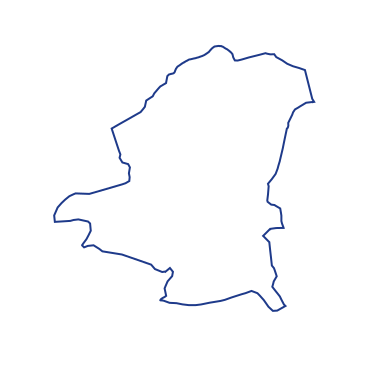 the district of Khamir, Amran, Yemen, rotated 76°
{"feature_id": "15242507B91488978109149", "entity_name": "Khamir", "entity_type": "district", "adm_level": 2, "iso_a3": "YEM", "parent_name": "Yemen", "parent_adm1": "Amran", "projection": "natural_earth1", "projection_center": [43.859, 15.999], "detail": "fine", "context": "isolated", "style": "outline", "palette": "blue", "viewbox_px": 384, "rotation_deg": 76, "n_neighbors": 0, "source": "geoboundaries", "source_scale": "gbopen_adm2", "svg_char_len": 5086}
<svg xmlns="http://www.w3.org/2000/svg" viewBox="0 0 384 384"><g transform="rotate(76 192 192)"><path d="M187.8,332.3L190.6,317.1L190.5,313.7L191.1,308.9L195.5,300.0L197.9,298.5L205.1,299.6L209.1,303.0L212.2,305.8L215.5,309.8L217.0,311.5L217.3,311.5L218.3,310.9L219.6,310.1L219.1,306.1L219.9,300.4L224.8,295.7L227.9,293.3L235.7,275.1L252.6,249.2L257.8,246.6L262.4,240.3L262.7,237.4L263.0,237.2L260.4,231.8L264.8,229.8L268.8,231.6L272.8,237.3L277.0,240.5L278.9,241.9L286.5,242.2L287.2,243.9L287.8,246.3L288.3,247.6L289.0,247.6L289.1,248.1L288.7,248.2L288.8,248.4L289.0,248.6L289.3,248.9L289.5,248.8L289.9,247.6L290.0,247.3L290.0,247.2L290.6,245.8L294.1,240.6L296.1,234.0L298.7,228.5L301.1,222.2L302.7,215.5L303.3,210.5L303.7,201.5L304.0,197.9L304.6,190.6L304.6,186.2L303.9,179.2L303.6,174.7L303.2,168.3L303.1,164.6L302.4,158.2L306.0,153.0L308.9,151.3L314.2,148.5L318.1,147.0L321.8,145.6L326.9,142.3L327.7,138.0L325.2,128.9L323.4,130.0L318.5,131.2L314.7,132.0L314.4,132.1L310.6,133.8L308.9,134.6L303.9,136.8L303.4,137.0L300.6,135.4L298.5,134.3L294.3,130.2L291.3,130.4L287.5,130.7L285.7,130.9L282.7,132.3L273.9,131.1L267.8,130.3L259.9,129.2L259.4,129.1L251.8,133.6L247.0,125.6L247.1,125.1L246.7,124.9L247.3,119.4L247.5,118.3L248.0,116.1L249.0,111.8L248.8,111.8L244.3,112.3L241.8,112.3L236.6,111.0L233.6,110.7L229.3,110.4L225.6,114.2L224.6,115.1L223.4,118.2L219.8,121.0L218.4,121.0L212.9,118.9L204.9,116.2L202.4,116.3L198.8,111.4L194.7,106.5L190.1,103.3L187.2,101.7L183.2,99.3L182.9,99.2L171.5,93.3L167.9,91.6L163.5,89.5L153.4,84.6L152.8,83.5L151.0,82.5L148.2,81.9L141.2,76.0L139.2,74.7L136.8,72.1L135.6,67.9L135.4,67.5L133.0,59.7L133.8,53.4L134.0,53.3L134.1,51.7L130.7,52.8L101.0,52.9L97.6,58.1L94.4,63.6L90.6,68.6L86.1,72.6L81.5,77.6L78.2,78.9L77.4,82.7L75.9,85.8L75.1,87.1L75.2,93.5L75.2,95.7L75.2,96.9L75.2,104.3L75.5,111.6L75.5,115.9L74.7,118.6L71.4,119.4L68.0,119.4L67.9,119.5L67.5,119.7L67.2,119.8L66.8,120.0L66.5,120.1L66.3,120.2L66.2,120.3L65.8,120.5L65.5,120.8L65.3,120.9L65.0,121.0L64.9,121.1L64.6,121.5L64.3,121.6L64.1,121.7L64.0,121.8L63.6,122.1L63.4,122.3L62.9,122.7L62.5,123.0L62.3,123.2L62.2,123.3L61.9,123.5L61.6,123.9L61.4,124.1L61.3,124.3L61.0,124.6L60.8,124.8L60.7,124.9L60.6,125.0L60.4,125.2L60.3,125.3L60.1,125.5L59.9,125.6L59.6,125.9L59.4,126.1L59.1,126.4L58.9,126.6L58.6,126.8L58.4,127.1L58.2,127.4L57.9,127.8L57.8,128.1L57.6,128.2L57.5,128.3L57.4,128.5L57.4,128.8L57.3,129.1L57.2,129.4L57.2,129.7L57.0,129.9L57.0,130.1L56.9,130.3L56.8,130.6L56.8,130.8L56.7,131.0L56.6,131.4L56.6,131.7L56.6,131.9L56.6,132.1L56.5,132.6L56.5,132.9L56.4,133.4L56.4,134.0L56.3,134.5L56.3,135.0L56.4,135.4L56.5,135.6L56.8,136.1L56.8,136.3L56.9,136.6L57.0,136.8L57.1,137.0L57.2,137.3L57.3,137.5L57.5,137.8L57.6,138.0L57.9,138.5L58.0,138.7L58.2,139.0L58.4,139.3L58.5,139.4L58.7,139.6L58.8,139.8L58.9,140.1L59.0,140.2L59.1,140.3L59.2,140.5L59.3,140.6L59.5,140.8L59.7,141.1L59.8,141.2L59.9,141.3L60.0,141.5L60.2,142.0L60.4,142.1L60.5,142.5L60.6,142.8L60.8,143.2L60.8,143.3L60.9,143.5L61.0,143.7L61.1,144.0L61.1,144.3L61.2,144.5L61.3,144.6L61.3,144.8L61.4,145.0L61.5,145.2L61.7,145.5L61.7,145.9L61.9,146.3L62.0,146.6L62.2,147.4L62.3,147.9L62.4,148.7L62.5,149.0L62.5,149.4L62.6,149.7L62.6,149.9L62.6,150.1L62.6,150.4L62.6,150.7L62.7,151.1L62.7,151.4L62.7,151.6L62.7,151.9L62.8,152.0L62.8,152.5L62.9,152.8L62.9,153.0L62.9,153.5L62.9,153.8L62.9,154.1L62.9,154.5L62.9,155.2L62.9,155.4L63.0,155.7L63.0,156.2L63.0,156.5L63.0,156.8L63.0,157.1L62.9,157.3L62.9,157.6L62.9,157.8L62.9,158.2L62.9,158.4L62.9,158.7L62.9,159.1L62.9,159.3L62.9,159.7L62.9,159.9L62.9,160.1L62.9,160.8L62.9,161.4L62.8,162.0L62.8,162.4L62.8,162.5L62.8,163.0L62.9,163.4L63.0,163.6L63.0,163.8L63.1,164.0L63.2,164.3L63.3,164.6L63.3,164.8L63.4,165.0L63.4,165.3L63.5,165.5L63.5,165.8L63.6,166.1L63.7,166.4L63.7,166.7L63.9,167.0L64.0,167.2L64.0,167.6L64.1,167.9L64.2,168.1L64.2,168.3L64.4,168.5L64.4,168.9L64.5,169.2L64.6,169.5L64.7,170.0L64.8,170.2L64.9,170.4L64.9,170.5L65.0,170.7L65.0,171.0L65.3,171.5L65.4,171.9L65.6,172.2L65.7,172.6L65.8,172.8L65.9,173.0L66.1,173.5L66.2,173.8L66.3,174.2L66.5,174.8L66.6,175.0L66.7,175.3L66.8,175.5L66.9,175.8L67.0,175.9L67.1,176.1L67.4,176.4L67.6,176.6L67.8,176.9L68.0,177.1L68.2,177.3L68.4,177.5L68.5,177.7L68.7,177.8L68.9,178.0L69.0,178.1L69.3,178.3L69.5,178.5L69.9,178.7L70.1,178.9L70.2,179.0L70.4,179.1L70.6,179.2L70.7,179.3L71.0,179.5L71.3,179.7L71.4,179.8L71.6,180.0L71.8,180.2L71.9,180.3L72.0,180.6L72.1,180.8L72.3,181.1L72.3,181.3L72.4,181.6L72.4,181.9L72.4,182.1L72.4,182.3L72.4,182.7L72.4,183.0L72.4,183.4L72.3,183.6L72.3,183.9L72.4,184.1L72.4,184.4L72.4,184.5L72.4,184.9L72.4,185.1L72.4,185.4L72.4,185.7L72.4,185.9L73.6,187.9L79.7,190.7L80.0,190.8L81.9,197.2L83.0,198.9L84.4,200.9L87.2,204.8L89.6,206.9L92.2,214.3L97.9,217.1L99.5,219.1L102.0,222.5L108.9,247.3L111.0,254.6L134.1,252.9L138.2,252.4L141.3,254.0L146.5,252.4L149.5,247.2L153.1,246.3L157.0,248.0L158.6,248.7L162.5,248.9L166.2,250.2L167.4,254.4L167.7,258.0L169.0,292.1L165.2,305.3L165.5,307.4L166.4,312.0L168.7,316.9L171.2,321.3L174.5,326.1L181.4,331.4L187.8,332.3Z" fill="none" stroke="#1e3a8a" stroke-width="2"/></g></svg>